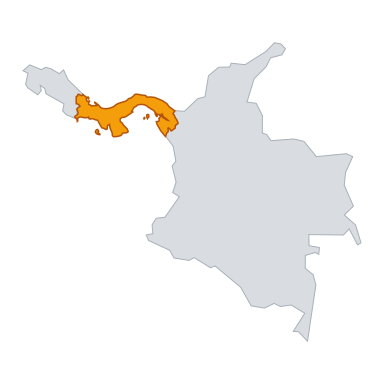 Panama highlighted among its neighbors
{"feature_id": "PAN", "entity_name": "Panama", "entity_type": "country or territory", "adm_level": 0, "iso_a3": "PAN", "parent_name": "North America", "parent_adm1": "", "projection": "mercator", "projection_center": [-80.239, 8.409], "detail": "fine", "context": "with_neighbors", "style": "filled", "palette": "amber", "viewbox_px": 384, "rotation_deg": 0, "n_neighbors": 2, "source": "natural_earth", "source_scale": "50m", "svg_char_len": 4298}
<svg xmlns="http://www.w3.org/2000/svg" viewBox="0 0 384 384"><path d="M361.0,242.8L357.6,244.9L349.2,228.9L343.4,235.0L308.8,234.6L309.1,245.7L319.4,247.5L318.8,254.3L315.3,252.5L305.3,255.4L305.2,268.3L313.1,274.7L315.9,284.9L307.5,341.2L298.6,331.8L293.3,331.4L304.7,313.3L291.2,305.0L280.5,306.5L274.1,303.4L264.4,308.1L251.2,305.9L240.7,287.3L215.1,266.0L210.4,267.7L194.1,257.6L189.0,260.4L174.0,258.0L169.7,250.3L148.6,240.5L146.2,235.0L152.9,233.7L152.1,224.8L156.2,218.3L165.0,217.2L179.3,196.7L172.7,192.5L176.1,182.1L172.1,165.9L175.9,161.2L173.1,146.1L165.9,136.6L168.2,127.9L173.9,129.2L177.2,123.9L173.1,113.3L175.3,110.7L184.4,111.3L197.7,98.7L205.0,96.8L208.5,75.7L218.6,67.3L229.8,67.0L231.2,63.2L245.1,64.7L265.9,51.5L274.5,42.8L280.8,43.9L285.4,48.7L282.0,54.8L270.6,57.8L266.1,66.8L254.1,78.7L247.0,102.1L256.2,103.3L262.4,115.5L262.3,133.0L266.6,134.5L270.9,140.7L293.6,139.0L303.9,141.3L316.4,156.6L346.4,153.7L352.7,156.7L345.6,172.3L344.2,185.1L353.4,206.1L344.4,215.0L355.6,225.1L361.0,242.8Z" fill="#d9dde1" stroke="#a8b0b8" stroke-width="1"/><path d="M83.2,94.6L76.4,96.2L76.5,103.5L80.2,106.1L77.5,108.2L75.8,118.7L66.2,114.7L62.6,110.9L64.0,103.9L46.0,93.7L44.8,88.5L40.2,85.3L41.3,90.5L37.8,94.8L28.0,88.0L25.6,84.4L28.0,73.2L23.0,70.7L29.8,64.9L41.5,69.7L45.5,67.3L51.1,68.8L59.3,73.7L63.6,69.9L68.0,79.7L83.2,94.6Z" fill="#d9dde1" stroke="#a8b0b8" stroke-width="1"/><path d="M174.9,110.9L174.6,111.2L173.6,112.6L173.0,113.8L174.3,115.1L174.7,116.4L175.4,117.9L176.5,119.4L177.8,122.1L178.1,123.2L177.7,123.9L176.5,124.4L175.4,125.6L175.1,127.2L175.3,128.0L172.0,130.5L171.1,130.9L170.6,130.5L169.9,129.2L169.0,128.2L168.6,127.9L168.3,127.9L168.0,128.1L167.9,128.7L168.3,131.0L168.0,131.9L166.8,132.7L165.6,136.5L165.0,136.0L160.8,130.9L157.1,124.5L156.3,121.6L157.3,121.5L158.2,121.5L158.7,121.1L159.3,120.2L158.8,118.3L160.6,116.8L161.3,115.8L161.8,115.9L163.0,117.6L164.7,118.6L166.7,120.0L168.0,120.3L166.4,118.8L163.6,116.9L162.8,115.6L162.0,113.8L160.9,114.6L160.4,115.2L159.8,115.6L159.4,115.2L159.3,114.6L157.6,114.5L157.2,114.0L156.7,113.7L156.9,114.8L157.3,115.5L157.1,116.3L156.5,116.4L156.1,115.5L155.5,114.7L154.7,111.5L152.8,109.9L151.9,109.4L151.2,109.2L150.2,108.2L148.8,107.6L146.9,106.0L144.5,104.8L141.7,104.4L138.3,104.7L137.1,105.3L136.3,106.1L135.9,106.5L133.9,107.5L133.1,108.8L132.6,110.0L131.6,111.3L132.8,112.0L126.1,116.5L124.8,117.1L121.8,117.5L121.1,118.0L120.2,118.9L120.1,120.2L120.2,121.3L121.1,122.2L121.9,122.7L123.7,125.4L127.0,128.7L127.6,129.9L128.2,131.7L127.2,132.5L126.4,132.8L123.3,133.0L122.2,133.7L121.7,134.8L120.6,135.7L116.5,136.6L113.4,136.7L112.4,135.6L112.1,132.8L110.0,127.9L109.5,124.5L109.0,124.9L107.8,125.3L107.4,126.2L107.2,128.6L106.7,129.5L105.9,129.4L104.1,128.5L101.7,127.7L98.7,122.4L98.3,121.4L97.7,120.3L95.4,119.8L93.4,118.9L91.2,118.7L90.1,119.2L88.9,118.6L88.7,117.1L86.4,117.8L83.5,117.6L80.9,116.9L79.1,117.3L77.6,118.3L77.8,120.9L77.3,121.4L77.2,120.4L76.7,119.1L76.1,118.1L74.8,117.1L74.7,116.7L75.2,116.1L77.6,114.6L77.9,113.9L78.0,112.6L77.7,111.3L76.7,109.4L77.3,108.3L78.5,107.3L79.8,106.6L80.0,106.3L79.8,105.7L79.0,105.0L77.3,103.8L76.2,103.7L76.2,100.3L76.2,96.7L76.5,96.4L77.1,96.2L77.7,95.6L77.9,94.5L78.7,94.2L80.1,95.0L81.5,95.7L82.1,95.5L82.5,95.1L82.8,94.8L82.9,94.4L84.0,95.4L86.3,97.1L86.5,97.9L86.3,98.7L86.9,101.0L88.1,101.4L89.3,100.9L89.6,101.3L89.3,101.8L88.7,102.2L88.6,104.2L90.5,105.1L91.5,106.0L94.8,105.6L96.0,105.8L96.8,105.6L95.9,104.0L94.7,102.8L94.8,102.3L95.7,102.7L96.4,103.5L98.0,104.5L101.0,107.9L104.3,108.7L107.0,108.6L109.5,108.2L113.5,106.8L116.4,104.4L118.7,103.3L126.1,101.0L128.7,98.6L129.9,98.3L130.9,98.0L133.3,96.2L134.5,94.8L135.8,94.1L139.8,94.6L142.3,95.2L144.1,95.2L145.8,95.6L146.5,96.7L147.3,97.1L151.4,97.0L154.9,97.5L162.3,100.6L166.8,103.6L169.2,106.8L174.9,110.9ZM99.9,134.6L99.0,134.7L97.0,134.0L95.5,132.5L95.4,132.0L95.4,131.5L96.2,130.0L97.3,129.5L97.7,129.5L98.7,131.2L98.0,131.9L98.3,133.0L99.8,133.8L99.9,134.6ZM147.9,117.8L147.5,118.6L146.7,116.9L146.8,116.4L146.8,114.9L147.6,114.5L148.1,114.5L148.6,114.7L148.9,116.5L148.7,117.3L147.9,117.8ZM88.8,98.0L88.6,98.8L87.2,97.3L88.0,97.0L88.3,97.1L88.8,98.0ZM144.9,118.2L144.1,119.0L143.8,118.2L144.4,117.4L144.6,117.4L144.9,118.2Z" fill="#f59e0b" stroke="#b45309" stroke-width="1.5"/></svg>